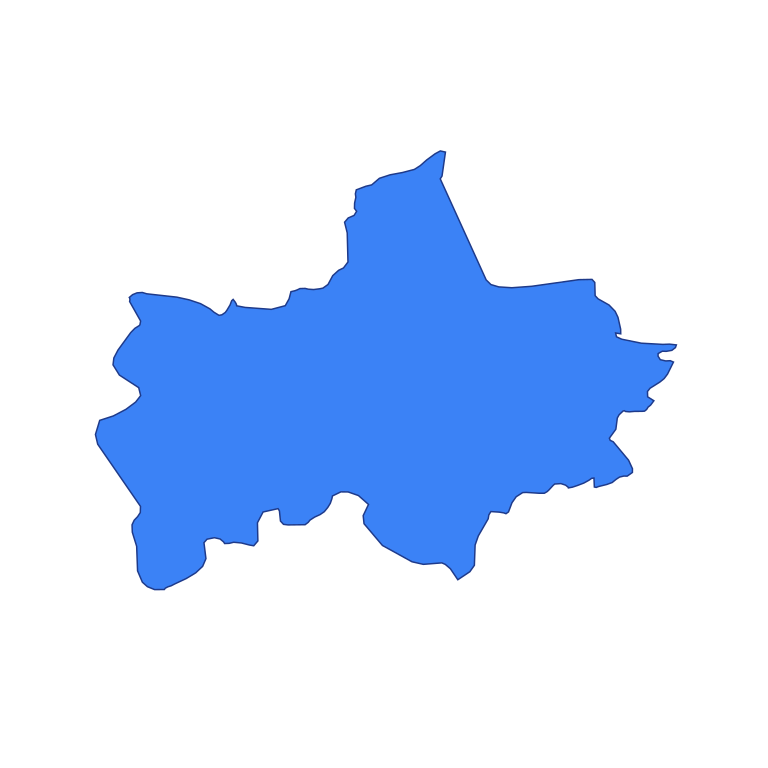 SVG path tracing the border of Päijät-Häme, rotated 74°
{"feature_id": "FIN-3184", "entity_name": "Päijät-Häme", "entity_type": "Province", "adm_level": 1, "iso_a3": "FIN", "parent_name": "Finland", "parent_adm1": "", "projection": "albers", "projection_center": [25.782, 61.243], "detail": "fine", "context": "isolated", "style": "filled", "palette": "blue", "viewbox_px": 768, "rotation_deg": 74, "n_neighbors": 0, "source": "natural_earth", "source_scale": "10m", "svg_char_len": 3069}
<svg xmlns="http://www.w3.org/2000/svg" viewBox="0 0 768 768"><g transform="rotate(74 384 384)"><path d="M541.6,191.8L542.0,197.5L541.7,206.0L541.9,208.5L541.0,210.2L532.3,208.1L531.9,210.4L533.0,213.5L534.3,219.2L534.9,226.3L535.1,231.3L534.7,235.4L534.0,235.4L531.3,237.3L528.5,241.4L527.2,247.5L528.1,249.4L531.4,254.8L532.4,256.8L533.2,259.9L531.8,264.9L527.4,277.2L526.6,280.6L528.8,288.0L533.4,293.7L541.3,299.6L542.3,302.5L540.9,304.4L538.9,308.6L536.1,316.4L538.7,319.3L542.3,321.0L556.0,335.2L563.9,340.8L583.2,347.1L588.1,353.2L592.5,367.0L579.9,371.1L574.3,374.8L571.9,377.7L568.2,395.9L562.6,406.1L538.8,430.0L512.8,441.7L504.8,440.3L495.5,432.1L484.2,439.3L477.9,448.2L475.8,455.2L477.4,464.4L479.9,465.7L483.9,468.5L487.2,472.1L490.3,476.6L491.9,481.4L492.8,487.3L494.4,492.6L496.1,495.0L497.5,498.6L493.0,515.1L491.2,519.3L487.2,521.3L477.1,519.5L474.6,520.2L473.7,535.5L482.5,543.9L500.1,548.5L503.6,553.8L501.6,557.9L497.5,564.9L494.7,572.1L494.5,576.8L493.4,581.2L491.6,581.7L487.8,584.3L485.0,589.4L484.4,596.9L486.9,600.8L502.8,603.3L509.3,608.6L513.6,617.0L516.5,627.7L518.5,640.2L519.3,644.2L519.4,647.7L520.0,650.5L521.0,651.8L518.4,661.2L513.6,667.3L507.9,670.9L495.7,672.4L471.9,666.5L457.1,666.8L449.9,665.0L446.1,661.7L443.6,657.4L440.4,653.7L434.5,651.8L363.0,675.8L353.0,675.3L340.6,667.3L340.1,653.0L337.2,639.0L332.9,627.7L328.1,621.1L319.9,620.8L302.5,635.9L290.9,639.2L284.5,636.5L278.0,630.3L264.7,613.2L261.8,608.1L260.4,603.2L259.8,602.3L256.4,600.6L234.6,605.8L233.0,605.0L231.4,604.8L230.6,605.0L228.8,601.0L228.3,596.3L229.4,591.1L231.9,587.2L243.4,559.2L249.4,548.1L256.2,538.2L263.8,530.6L268.1,527.7L272.5,523.7L272.8,520.8L271.5,516.9L269.9,514.8L265.6,510.2L262.0,507.5L261.1,505.7L264.4,504.4L266.7,503.9L268.2,504.1L272.1,496.4L281.2,471.7L281.5,457.3L275.9,451.7L269.6,448.0L269.8,443.9L269.6,441.4L269.1,438.5L270.4,433.4L272.0,430.6L273.8,425.6L274.7,419.9L275.0,416.3L272.9,410.4L265.7,403.4L262.2,396.3L261.3,391.0L256.8,385.0L228.6,377.7L217.6,377.3L214.5,372.6L213.7,366.3L210.4,362.7L207.1,364.0L202.0,362.4L196.8,359.6L193.3,359.1L189.7,357.1L188.9,346.9L189.2,341.0L185.0,331.7L184.6,320.4L185.8,308.0L186.1,295.7L184.1,289.0L180.4,281.2L176.8,271.5L175.5,265.6L178.0,261.0L200.1,270.9L202.3,273.4L312.1,257.1L317.9,253.8L322.3,246.9L326.7,234.6L330.8,215.0L337.4,168.0L340.8,155.2L344.5,153.4L357.3,156.7L361.2,154.7L370.1,145.9L377.8,141.8L384.4,140.7L396.5,141.4L401.0,142.6L398.8,147.3L402.7,147.5L406.5,143.1L415.7,125.4L422.8,105.0L424.4,98.5L427.0,92.2L429.3,93.8L431.0,98.0L430.4,103.7L429.2,107.4L430.3,112.1L432.8,112.9L436.8,111.7L439.5,106.8L440.5,102.4L442.7,99.7L452.6,108.7L456.0,113.2L458.1,118.1L461.4,129.4L463.8,132.8L469.0,134.1L474.5,129.2L477.8,133.6L479.0,136.5L480.9,138.6L481.9,141.0L481.4,143.5L479.4,150.6L478.4,155.7L477.0,159.4L475.9,160.4L475.9,161.7L478.4,166.5L481.0,169.1L491.4,173.6L498.2,182.3L500.5,182.1L502.7,179.6L524.7,169.9L533.9,168.5L537.5,169.6L539.6,175.6L538.6,178.8L538.4,183.2L539.6,187.1L541.6,191.8Z" fill="#3b82f6" stroke="#1e3a8a" stroke-width="1.5"/></g></svg>